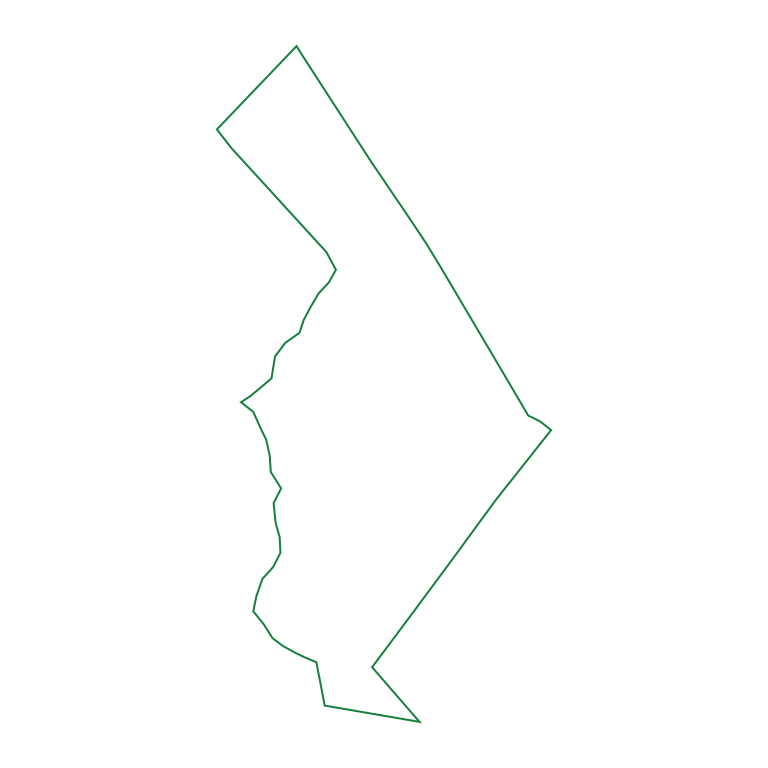 Lagoa da Canoa, Alagoas, Brazil (Mercator projection)
{"feature_id": "56859067B28703074809600", "entity_name": "Lagoa da Canoa", "entity_type": "district", "adm_level": 2, "iso_a3": "BRA", "parent_name": "Brazil", "parent_adm1": "Alagoas", "projection": "mercator", "projection_center": [-36.746, -9.794], "detail": "fine", "context": "isolated", "style": "outline", "palette": "green", "viewbox_px": 768, "rotation_deg": 0, "n_neighbors": 0, "source": "geoboundaries", "source_scale": "gbopen_adm2", "svg_char_len": 772}
<svg xmlns="http://www.w3.org/2000/svg" viewBox="0 0 768 768"><path d="M296.5,46.1L216.9,129.4L231.4,148.1L326.4,252.1L335.9,269.8L328.9,282.4L318.7,293.3L311.0,306.3L303.7,320.0L299.5,332.8L285.3,342.8L275.0,356.5L271.5,378.3L259.9,388.2L250.5,396.0L241.0,402.2L253.3,411.9L260.1,427.1L266.2,439.8L269.7,455.5L270.8,472.0L281.1,488.4L273.6,503.1L275.7,523.2L279.7,537.2L280.4,552.8L273.2,567.0L262.4,578.9L256.4,596.1L253.3,611.3L263.6,624.1L272.5,638.1L282.7,645.9L296.0,653.2L306.1,658.0L316.3,662.2L319.8,679.8L324.7,705.6L419.5,721.9L372.1,667.2L410.4,616.0L449.8,562.8L485.0,514.7L496.7,498.8L551.1,430.1L540.3,421.6L528.2,415.5L504.4,375.0L440.7,267.2L425.8,242.8L408.5,216.8L370.9,161.4L302.6,55.8L296.5,46.1Z" fill="none" stroke="#15803d" stroke-width="2"/></svg>